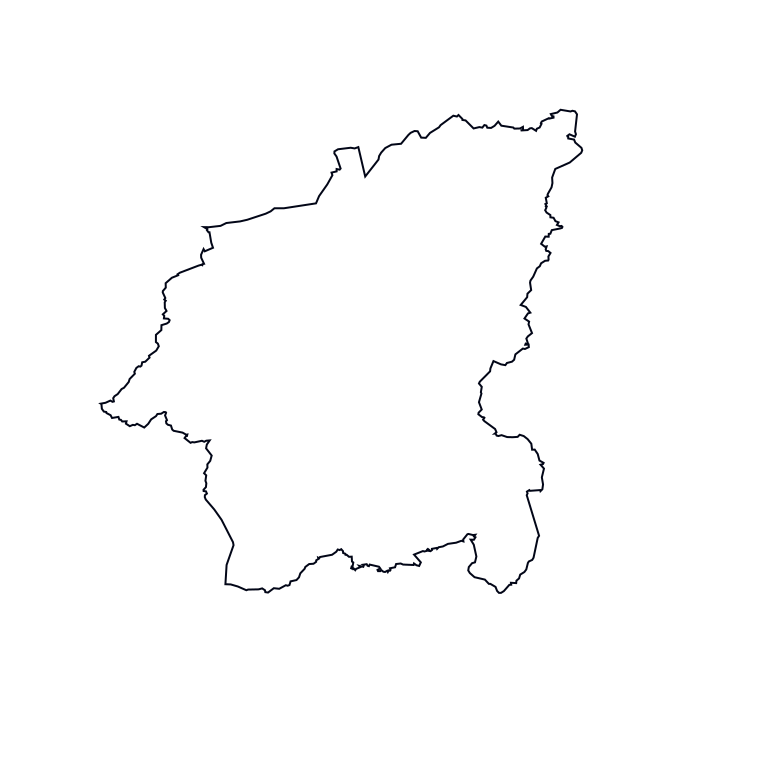 the district of Mazamitla, Jalisco, Mexico, rotated 250°
{"feature_id": "50627088B5705266503054", "entity_name": "Mazamitla", "entity_type": "district", "adm_level": 2, "iso_a3": "MEX", "parent_name": "Mexico", "parent_adm1": "Jalisco", "projection": "natural_earth1", "projection_center": [-103.078, 19.891], "detail": "fine", "context": "isolated", "style": "outline", "palette": "ink", "viewbox_px": 768, "rotation_deg": 250, "n_neighbors": 0, "source": "geoboundaries", "source_scale": "gbopen_adm2", "svg_char_len": 6166}
<svg xmlns="http://www.w3.org/2000/svg" viewBox="0 0 768 768"><g transform="rotate(250 384 384)"><path d="M177.0,400.0L171.5,403.0L165.7,411.9L160.3,414.2L159.8,415.6L155.2,419.4L150.9,419.5L148.4,420.6L147.7,422.5L148.4,425.8L152.4,433.1L151.9,434.9L153.8,435.3L151.7,440.1L153.9,441.2L155.1,444.4L158.3,446.8L159.3,451.6L161.1,454.3L166.6,458.0L167.7,459.4L168.0,463.1L169.6,465.1L186.8,475.8L188.3,477.8L230.7,480.1L232.1,481.5L234.0,481.5L234.6,484.3L233.7,484.6L230.9,494.5L229.8,494.4L230.9,496.8L235.2,499.1L242.3,500.4L249.8,505.4L254.6,503.5L254.4,506.0L255.3,507.0L258.9,503.9L265.6,504.5L270.8,503.2L271.6,500.7L277.5,502.0L283.1,500.1L287.3,497.5L289.9,494.1L288.6,491.5L290.0,486.7L292.0,481.6L295.7,477.0L296.0,473.7L297.0,472.2L299.3,471.9L299.5,471.2L300.2,473.2L303.7,473.0L314.8,465.6L316.6,464.9L317.9,466.8L318.5,466.5L319.4,464.8L323.3,462.3L324.7,463.1L326.6,467.1L334.4,467.0L341.7,472.3L343.1,472.2L347.9,474.9L352.0,473.4L353.4,474.8L359.6,488.0L362.2,489.3L368.1,494.7L362.4,500.7L360.2,504.5L361.7,506.7L361.2,511.9L362.3,514.6L366.9,517.6L369.8,526.6L368.7,528.4L369.1,532.7L371.6,533.4L372.6,530.2L373.5,531.0L372.1,533.1L378.0,533.3L379.5,535.4L381.2,540.5L390.6,540.2L393.0,541.7L397.5,538.4L401.1,543.4L401.0,545.9L407.9,543.7L411.5,539.5L416.6,548.2L419.8,549.7L421.9,554.4L429.3,555.9L431.1,557.0L433.8,560.9L440.3,567.2L441.4,570.7L443.7,572.9L444.7,577.5L443.9,580.5L444.6,581.2L447.6,582.1L450.2,585.3L452.7,583.8L453.6,582.0L455.3,582.0L457.7,583.9L458.0,582.1L462.0,579.6L467.4,586.0L466.1,589.1L468.7,590.2L468.3,591.7L471.2,594.3L469.9,602.7L469.8,604.6L470.6,605.4L471.8,604.9L472.2,603.1L474.3,600.9L476.2,603.3L478.4,600.8L482.2,600.2L483.7,597.4L485.9,598.1L489.5,595.4L492.2,594.9L494.1,596.9L495.4,596.8L495.4,597.6L497.9,597.2L498.1,598.8L503.7,599.7L504.2,602.6L505.6,602.2L506.7,603.1L511.5,608.7L515.2,611.0L520.5,612.6L527.5,618.5L528.6,634.3L533.8,648.4L535.8,650.2L538.4,650.3L545.5,646.3L548.7,646.2L551.7,641.1L553.9,641.8L554.2,640.3L555.2,643.7L551.1,648.0L553.1,649.8L555.9,649.9L571.4,657.6L574.9,656.7L576.3,654.5L576.3,652.5L581.3,643.7L579.8,639.8L580.6,633.1L578.5,633.4L577.5,634.8L576.3,634.4L576.9,629.9L577.4,629.8L576.7,622.0L575.4,620.6L574.6,621.0L571.8,618.0L571.6,614.9L569.9,613.5L573.9,610.4L574.3,608.6L573.5,605.8L575.5,599.1L575.3,601.6L578.1,602.5L577.6,599.2L579.4,593.8L580.8,593.2L586.6,582.6L591.5,581.1L588.8,576.2L588.0,572.2L589.5,568.7L591.8,568.6L593.0,566.9L591.3,564.1L592.8,561.5L593.5,555.6L603.8,550.8L605.3,548.0L606.3,548.3L611.3,546.0L610.4,544.0L612.4,540.9L607.9,525.7L606.4,523.5L604.2,513.1L601.0,507.5L602.8,503.2L610.0,502.1L611.3,499.2L610.9,494.9L609.7,492.1L603.9,482.2L606.3,472.9L605.3,465.9L602.4,460.5L599.9,457.4L596.8,455.6L585.4,437.3L615.4,440.9L615.4,437.0L617.4,433.5L620.3,421.1L619.5,417.0L617.6,416.2L614.0,417.2L601.3,416.9L600.6,415.6L602.2,413.0L600.0,412.2L600.6,407.0L597.8,406.9L590.9,398.9L582.8,387.3L577.0,381.9L583.4,349.9L586.6,341.1L585.0,336.5L584.5,331.1L585.1,311.7L586.0,304.4L589.2,290.9L588.5,284.5L591.2,273.2L593.0,268.5L589.9,271.0L589.1,270.2L586.6,271.0L586.3,271.9L575.8,270.0L570.5,269.9L570.0,261.0L572.5,260.6L568.0,256.3L565.2,255.4L558.5,256.0L558.7,254.5L557.8,253.9L558.5,253.2L558.7,250.2L558.4,230.3L557.7,227.5L556.6,227.7L556.4,221.0L553.4,213.3L549.2,211.9L547.0,208.0L545.7,207.4L539.6,207.9L538.5,206.4L536.9,207.4L535.8,205.9L530.4,204.1L527.0,204.6L525.1,200.0L523.2,200.8L520.9,199.6L519.1,203.5L517.3,204.4L515.8,203.1L515.1,200.5L515.4,195.0L510.8,193.2L508.2,186.5L501.4,184.0L499.3,185.3L496.5,185.3L493.3,181.4L490.9,172.8L489.0,172.7L486.6,167.3L487.1,164.2L484.2,162.4L483.7,161.0L484.6,159.5L483.8,156.8L480.8,153.5L478.9,153.4L475.7,146.7L473.2,144.8L469.4,138.4L469.0,135.7L465.6,130.3L464.7,126.6L463.3,124.7L460.0,124.2L460.1,122.8L462.0,121.2L461.6,115.9L462.4,111.1L461.7,111.6L457.2,110.4L453.9,111.3L452.7,113.4L451.6,113.3L448.2,116.4L445.1,116.8L443.9,123.2L441.1,123.1L440.3,124.5L438.3,125.2L437.0,129.3L435.0,127.9L431.3,130.7L431.5,134.0L430.5,135.8L431.1,138.3L425.1,143.8L427.2,148.8L430.4,153.1L431.8,158.8L433.3,160.8L432.3,164.5L433.0,167.6L432.2,169.2L431.5,169.4L429.3,167.5L424.2,167.7L423.6,166.4L421.4,166.0L419.6,167.0L417.8,169.6L413.7,169.4L412.0,170.3L407.2,178.1L404.0,180.8L403.8,181.9L402.5,181.0L402.7,180.0L401.4,178.1L394.9,182.1L395.0,183.9L394.0,185.8L392.9,193.5L391.2,195.3L391.5,197.6L390.6,200.9L387.7,196.8L384.4,194.8L375.7,197.6L371.2,194.4L368.9,190.5L365.8,189.5L361.7,184.4L359.0,185.7L354.1,183.1L351.5,183.1L348.0,181.4L346.3,178.2L345.1,177.9L344.0,180.0L341.6,180.1L340.8,177.7L339.0,176.9L336.4,177.0L324.1,181.6L312.0,184.9L287.0,188.0L284.0,187.5L267.8,174.2L250.1,166.5L248.1,171.4L243.7,177.4L237.3,184.1L237.3,186.0L233.9,196.0L233.6,199.6L230.9,201.6L229.0,201.3L227.7,203.7L229.8,210.6L227.4,215.5L228.5,222.9L227.4,224.5L227.4,226.4L230.5,228.7L229.7,234.7L231.4,238.0L234.7,240.6L237.5,246.2L239.0,247.5L240.4,252.1L239.2,256.3L240.1,259.4L241.5,260.0L242.0,262.5L243.3,262.7L242.4,263.5L243.3,264.7L241.3,276.8L242.7,281.8L244.3,283.9L243.1,285.6L243.4,287.3L240.9,288.3L239.2,287.8L237.7,289.6L236.7,289.4L236.1,290.6L233.6,292.0L232.8,294.6L228.1,293.2L226.8,294.1L223.7,292.3L223.7,291.3L222.1,290.1L221.5,290.7L222.4,291.9L220.6,291.9L220.7,292.6L218.9,293.3L219.8,294.5L220.0,299.1L221.6,298.5L219.3,302.0L220.7,303.2L221.3,302.7L220.6,306.1L218.8,306.4L218.0,307.5L219.2,308.8L214.0,316.8L212.0,317.4L211.5,314.3L210.2,314.4L209.4,316.5L210.1,317.8L207.8,319.2L207.0,320.7L207.4,323.1L206.0,323.3L207.2,324.7L206.5,325.7L207.1,326.6L208.8,326.6L208.0,331.7L210.7,333.8L209.6,338.3L207.8,340.2L203.8,349.9L205.1,350.8L202.6,352.5L201.0,354.8L203.8,357.6L213.4,353.9L213.7,363.4L212.8,364.7L212.5,367.9L213.6,367.8L214.0,368.8L212.9,369.5L212.4,368.2L211.0,370.5L211.6,372.4L212.7,372.7L211.9,377.5L210.9,377.5L211.9,379.6L211.2,383.8L211.9,389.4L210.2,397.5L210.2,403.1L208.9,404.8L210.8,405.2L214.3,411.0L214.2,412.1L211.6,416.0L211.1,418.2L209.9,416.4L208.7,417.5L206.9,415.2L208.1,412.2L202.3,413.4L190.3,411.8L185.3,408.5L185.5,405.5L183.0,401.1L180.0,399.4L177.0,400.0Z" fill="none" stroke="#020617" stroke-width="2"/></g></svg>